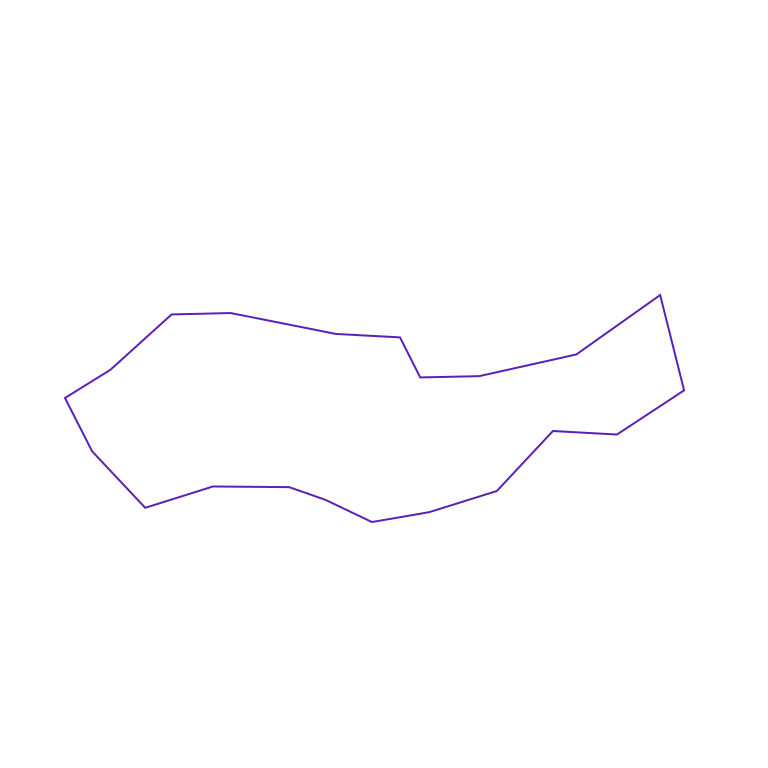 the District of Zvečan, rotated 133°
{"feature_id": "KOS-5892", "entity_name": "Zvečan", "entity_type": "District", "adm_level": 1, "iso_a3": "XKX", "parent_name": "Kosovo", "parent_adm1": "", "projection": "albers", "projection_center": [20.754, 42.971], "detail": "fine", "context": "isolated", "style": "outline", "palette": "violet", "viewbox_px": 768, "rotation_deg": 133, "n_neighbors": 0, "source": "natural_earth", "source_scale": "10m", "svg_char_len": 430}
<svg xmlns="http://www.w3.org/2000/svg" viewBox="0 0 768 768"><g transform="rotate(133 384 384)"><path d="M130.6,242.7L184.0,160.2L262.1,179.2L303.2,228.4L385.3,228.5L447.0,263.6L493.2,298.7L508.7,347.9L524.1,383.0L575.6,439.2L637.4,474.2L632.3,551.5L611.8,607.8L560.3,593.8L478.0,586.8L436.8,544.7L380.2,453.3L339.0,404.1L354.5,362.0L313.4,319.8L231.2,263.5L130.6,242.7Z" fill="none" stroke="#5b21b6" stroke-width="2"/></g></svg>